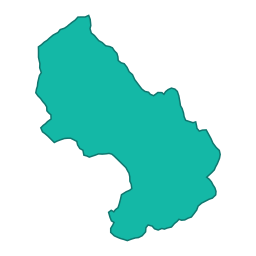 Guararema, São Paulo, Brazil
{"feature_id": "56859067B30349189053910", "entity_name": "Guararema", "entity_type": "district", "adm_level": 2, "iso_a3": "BRA", "parent_name": "Brazil", "parent_adm1": "São Paulo", "projection": "orthographic", "projection_center": [-46.062, -23.425], "detail": "fine", "context": "isolated", "style": "filled", "palette": "teal", "viewbox_px": 256, "rotation_deg": 0, "n_neighbors": 0, "source": "geoboundaries", "source_scale": "gbopen_adm2", "svg_char_len": 2353}
<svg xmlns="http://www.w3.org/2000/svg" viewBox="0 0 256 256"><path d="M184.8,219.9L188.2,218.1L191.4,217.0L193.9,213.8L196.7,210.0L198.1,206.1L201.6,203.1L205.5,201.1L209.2,199.2L212.4,198.1L215.7,194.9L216.0,191.4L214.9,187.9L212.8,184.6L211.5,182.0L209.5,179.5L206.7,177.2L209.1,175.0L211.7,172.6L214.3,169.9L215.5,167.0L217.3,163.7L219.5,158.3L220.2,154.4L219.3,150.4L216.2,147.5L212.9,143.1L211.0,138.7L208.5,134.1L206.2,129.9L202.4,130.1L199.3,131.1L197.0,128.4L196.5,125.5L195.7,121.9L193.0,122.7L189.9,121.7L185.6,120.3L184.1,116.6L183.5,112.9L182.1,108.5L180.5,105.8L179.8,101.4L178.8,95.9L177.3,91.4L174.9,89.1L171.4,88.1L168.1,89.6L165.6,91.6L163.9,94.3L161.9,92.6L157.9,92.5L153.6,95.7L150.3,94.3L148.5,92.2L144.9,91.4L141.8,89.0L139.5,86.0L137.1,82.8L134.7,79.6L132.5,74.7L129.1,71.7L127.0,67.3L124.2,63.7L121.1,62.8L118.2,60.5L117.9,56.8L116.9,53.4L114.3,50.7L112.4,47.8L109.8,46.6L105.7,45.8L102.1,42.5L98.7,40.6L96.8,38.4L94.4,35.5L91.3,33.1L90.0,28.6L90.8,25.6L90.5,22.3L90.2,19.4L88.7,15.4L85.2,17.0L81.7,17.0L77.9,17.1L75.2,20.1L72.1,22.3L69.2,24.6L67.2,26.4L64.5,28.2L60.2,29.6L58.0,32.5L55.3,33.9L53.1,35.1L49.6,38.0L47.3,40.2L44.2,42.2L41.5,44.7L38.4,46.9L38.5,50.7L38.5,54.5L38.5,57.3L39.1,60.1L39.9,63.6L39.7,67.8L41.3,72.6L39.5,75.5L38.8,78.2L37.8,82.5L37.4,86.3L36.5,89.0L35.8,92.8L38.0,95.9L40.6,98.5L42.8,101.6L45.0,104.1L46.7,106.9L46.9,110.8L48.7,112.9L50.9,114.8L51.1,119.0L47.5,121.6L45.5,123.7L43.3,125.3L40.8,127.8L42.5,131.8L45.1,133.7L47.8,136.0L54.3,142.5L57.1,141.1L60.2,139.9L64.4,138.5L67.7,138.2L70.6,138.2L74.0,139.9L76.8,141.4L77.6,144.9L79.8,148.5L82.9,150.2L83.9,155.2L86.7,155.9L89.3,157.1L92.3,156.1L95.1,155.2L98.5,153.9L102.2,154.1L106.1,153.8L109.0,153.4L111.8,154.1L114.3,156.2L125.9,167.6L127.6,170.8L129.0,173.2L129.8,176.8L129.9,181.2L131.2,184.2L131.8,188.6L129.6,190.3L126.3,191.7L121.5,194.7L120.4,199.6L119.3,203.8L118.0,207.7L115.4,209.7L113.8,211.8L111.2,210.3L108.6,212.3L110.0,217.3L111.4,220.8L114.0,222.4L112.8,225.0L110.7,228.4L110.7,232.4L114.3,235.8L118.0,237.5L120.8,238.6L124.1,239.5L127.3,240.6L131.4,239.1L135.4,237.9L138.4,237.6L142.2,235.7L145.6,231.8L145.9,227.7L148.1,225.0L152.2,226.1L154.5,228.8L158.2,230.0L161.8,228.5L164.4,229.1L167.3,228.0L171.5,227.0L174.5,223.5L177.1,221.4L178.9,219.3L181.5,220.2L184.8,219.9Z" fill="#14b8a6" stroke="#0f766e" stroke-width="1.5"/></svg>